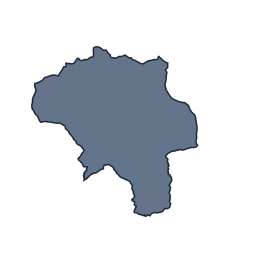 Pijao, Quindío, Colombia (orthographic projection), rotated 236°
{"feature_id": "7082276B22277763183107", "entity_name": "Pijao", "entity_type": "district", "adm_level": 2, "iso_a3": "COL", "parent_name": "Colombia", "parent_adm1": "Quindío", "projection": "orthographic", "projection_center": [-75.71, 4.302], "detail": "fine", "context": "isolated", "style": "filled", "palette": "slate", "viewbox_px": 256, "rotation_deg": 236, "n_neighbors": 0, "source": "geoboundaries", "source_scale": "gbopen_adm2", "svg_char_len": 5663}
<svg xmlns="http://www.w3.org/2000/svg" viewBox="0 0 256 256"><g transform="rotate(236 128 128)"><path d="M109.3,62.3L109.3,63.1L109.1,63.5L109.2,64.2L109.1,66.1L109.7,67.1L109.5,68.0L109.9,69.1L110.2,71.1L109.8,72.4L110.1,73.2L109.2,74.9L108.7,76.3L108.6,77.6L108.8,78.5L108.5,79.9L109.0,82.1L108.1,83.6L108.0,84.5L108.0,84.9L109.4,85.9L110.1,86.6L110.4,87.3L109.6,88.8L109.4,90.1L108.3,91.6L107.3,92.2L105.5,92.9L104.7,93.4L103.9,93.6L103.0,93.6L101.5,93.0L101.0,93.0L100.4,93.4L99.1,93.5L98.0,93.8L97.6,93.7L97.2,93.2L95.9,93.6L95.3,93.6L94.8,93.9L92.1,94.1L91.2,94.7L90.5,94.7L90.1,94.9L89.5,95.6L89.0,96.0L88.6,96.3L88.0,96.3L87.7,96.7L87.1,96.9L86.5,97.6L85.8,97.7L85.4,98.0L82.5,99.7L82.0,99.8L81.0,99.3L79.2,99.5L77.2,99.0L76.9,98.6L76.2,97.7L75.7,97.4L74.5,97.2L73.6,96.9L72.2,96.9L71.7,96.6L71.1,96.0L70.4,95.7L69.5,96.1L68.8,95.8L68.3,95.8L68.1,95.6L67.9,95.0L67.0,94.3L66.8,94.0L66.4,92.7L66.6,92.2L66.7,91.5L66.6,91.2L66.0,90.9L64.1,91.4L63.8,92.0L63.6,92.2L62.7,92.0L61.0,90.5L60.4,90.3L59.6,90.5L58.4,91.2L57.7,89.7L56.5,87.9L55.6,86.6L54.9,86.1L54.1,86.3L53.6,86.6L52.7,87.8L52.0,88.4L51.5,88.6L50.4,88.6L49.4,89.8L46.5,92.1L47.0,92.6L46.8,93.1L46.4,92.8L45.7,93.4L45.3,93.4L46.3,92.5L45.9,92.6L45.3,93.0L45.0,93.9L45.0,94.7L44.9,95.4L44.6,96.1L44.2,96.4L43.2,96.8L43.0,97.4L43.9,99.6L43.3,102.1L43.0,102.9L42.4,103.4L41.7,104.1L41.4,104.7L40.0,107.9L39.5,109.5L39.4,110.3L40.0,111.1L40.3,112.0L40.2,112.4L40.7,113.6L40.6,113.9L39.7,114.6L39.2,115.2L39.1,115.6L38.9,117.6L39.0,118.3L39.4,118.9L40.2,119.2L41.0,120.7L41.3,120.9L42.0,121.1L43.2,120.9L43.7,121.0L44.1,121.3L44.8,122.8L45.1,123.1L46.4,123.3L47.1,124.5L49.1,125.5L51.1,125.9L51.7,126.3L53.0,128.2L54.6,129.7L55.6,130.2L56.8,129.9L57.5,129.9L57.7,130.8L58.5,131.8L59.2,133.8L59.5,134.3L60.7,135.5L61.9,135.8L62.8,136.4L64.6,135.8L65.4,136.7L66.5,135.7L67.0,135.7L67.5,136.2L68.1,136.0L68.5,136.0L68.7,136.8L69.3,137.0L70.2,137.2L70.8,137.5L71.0,137.9L71.1,138.8L71.9,138.7L73.1,139.1L73.2,139.3L73.3,140.2L73.8,140.5L74.5,141.2L74.8,141.2L75.6,140.9L76.0,141.5L76.8,141.8L77.6,141.5L77.9,141.5L79.4,143.3L80.3,143.7L80.8,143.7L81.3,143.1L81.6,143.0L83.6,143.5L83.8,143.7L83.9,144.4L84.3,144.9L84.2,145.5L84.7,146.7L84.7,147.3L84.2,149.1L84.4,150.8L84.0,152.0L83.6,152.3L83.4,153.0L82.8,153.8L82.4,155.6L81.8,156.5L81.0,159.3L79.5,160.5L79.1,161.1L78.5,162.5L78.2,164.2L77.9,164.8L77.8,165.7L77.6,166.2L77.4,166.9L76.2,170.1L75.3,171.0L75.2,171.5L74.5,172.9L74.3,173.6L74.3,174.3L74.6,175.4L74.6,176.0L76.3,176.0L78.2,176.5L79.3,177.0L80.9,178.9L81.3,179.3L85.3,181.8L87.8,184.1L90.2,185.7L100.4,190.5L101.8,190.4L105.7,189.6L108.8,189.8L110.5,190.0L111.4,190.5L113.2,190.6L116.4,189.5L116.8,189.5L118.2,188.3L118.4,187.6L119.6,186.6L121.7,184.7L126.2,181.8L126.8,181.5L128.9,180.8L130.3,180.7L133.8,180.7L138.2,181.0L142.1,182.3L143.4,183.0L145.7,185.5L147.9,187.5L148.5,187.8L149.1,188.5L149.7,188.7L149.8,189.0L150.9,189.7L151.8,190.9L152.5,191.3L154.0,191.4L155.1,191.6L155.4,191.9L155.6,192.3L155.9,194.6L156.2,195.0L157.8,195.9L159.1,196.8L159.6,197.3L160.6,196.5L164.0,194.9L167.2,194.1L170.1,193.7L170.1,193.3L169.8,192.6L168.7,191.5L168.6,190.9L168.7,190.1L169.3,188.9L169.8,188.4L170.4,187.4L170.9,185.3L171.3,184.7L171.5,183.8L171.9,183.4L172.2,182.8L172.2,182.4L172.5,180.9L172.6,179.5L172.7,176.4L173.8,175.1L175.1,174.2L176.2,173.6L176.9,173.2L178.1,172.7L180.3,171.5L181.9,170.1L184.5,169.8L184.9,169.3L185.2,168.5L185.6,168.1L190.0,166.4L190.4,165.6L190.4,164.7L191.1,162.2L192.0,161.2L192.2,160.8L192.7,157.1L192.9,156.6L194.6,155.0L195.1,154.2L195.8,153.5L196.5,153.2L198.6,154.2L200.1,153.6L201.7,153.3L203.8,153.5L204.5,153.4L204.9,153.2L206.2,151.2L206.9,150.8L208.4,150.4L209.8,149.9L211.7,148.8L212.9,147.3L213.3,146.6L213.7,144.5L213.6,144.2L211.6,142.5L209.5,141.5L206.7,139.2L206.6,138.8L206.6,138.4L207.2,137.4L207.6,136.3L207.5,133.7L207.6,132.1L207.8,131.7L209.0,130.7L209.2,129.0L209.7,127.6L210.1,127.0L211.1,126.0L211.3,125.9L213.3,126.0L213.6,125.8L214.0,125.1L213.9,124.5L213.7,123.7L212.6,121.6L212.0,120.0L212.1,118.4L212.3,117.8L212.9,116.8L214.4,115.4L215.3,113.9L215.9,113.4L216.4,113.1L216.5,112.9L216.1,112.4L214.8,111.8L214.1,111.4L213.9,111.0L213.7,110.6L213.8,110.4L214.6,109.0L214.4,108.3L213.0,105.9L211.3,101.4L210.7,100.4L210.1,99.8L210.1,99.5L210.3,99.2L212.2,97.6L213.6,95.7L214.5,93.7L214.9,92.4L215.6,89.3L216.4,87.1L216.3,86.3L215.8,85.1L215.4,83.7L215.7,80.2L216.2,77.4L216.9,75.9L217.1,75.7L215.1,74.1L214.4,73.8L212.4,73.5L211.6,73.2L210.9,72.8L209.2,70.8L208.7,70.4L208.4,69.6L206.9,67.1L205.5,65.2L204.1,64.1L202.8,63.3L201.1,61.3L198.4,59.6L197.0,59.3L195.2,59.4L193.7,59.2L191.5,59.0L189.0,59.5L188.1,59.5L187.1,59.4L183.6,58.7L182.7,58.7L181.5,59.0L179.7,63.2L177.6,65.2L176.6,66.7L174.5,68.7L171.6,72.0L170.7,73.2L169.9,74.5L169.1,75.0L166.3,76.0L165.2,76.7L164.4,76.9L162.8,75.9L162.2,75.9L161.5,76.0L160.1,76.6L159.5,76.7L158.6,76.7L156.0,76.4L152.8,76.8L151.8,76.9L149.6,76.7L148.3,76.8L146.4,77.4L146.0,77.4L144.9,76.8L144.2,76.8L142.2,77.2L140.8,78.2L139.7,78.7L137.8,79.0L134.4,79.2L134.0,79.0L133.2,77.7L133.0,77.1L132.8,75.8L132.5,75.1L131.7,73.9L131.0,72.1L130.7,69.9L130.6,69.6L130.1,69.4L129.0,69.2L127.0,69.8L126.0,69.8L124.9,70.2L123.2,70.2L122.5,70.1L121.3,69.5L120.8,69.6L119.7,70.8L119.5,71.3L118.7,72.3L118.3,72.3L118.1,72.2L117.6,70.8L116.3,70.3L115.9,70.0L115.9,69.7L116.2,69.1L115.8,68.8L115.6,68.5L115.7,67.3L114.9,66.7L115.2,66.3L115.1,66.1L114.5,65.6L114.2,65.6L113.7,65.8L113.4,65.5L113.5,65.3L113.3,64.9L113.3,64.4L113.2,64.4L112.8,64.6L112.4,64.2L111.9,64.4L111.4,64.2L111.6,64.0L111.7,63.8L111.6,63.6L110.7,63.4L109.9,63.0L109.3,62.3Z" fill="#64748b" stroke="#1e293b" stroke-width="1.5"/></g></svg>